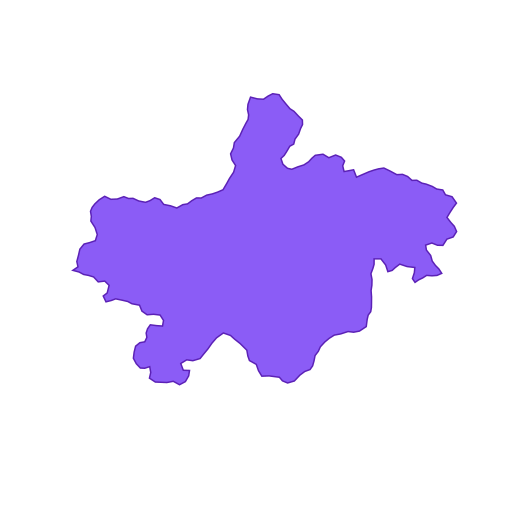 outline of Porto Firme, Minas Gerais, Brazil, rotated 125°
{"feature_id": "56859067B44651829175554", "entity_name": "Porto Firme", "entity_type": "district", "adm_level": 2, "iso_a3": "BRA", "parent_name": "Brazil", "parent_adm1": "Minas Gerais", "projection": "orthographic", "projection_center": [-43.082, -20.666], "detail": "fine", "context": "isolated", "style": "filled", "palette": "violet", "viewbox_px": 512, "rotation_deg": 125, "n_neighbors": 0, "source": "geoboundaries", "source_scale": "gbopen_adm2", "svg_char_len": 3124}
<svg xmlns="http://www.w3.org/2000/svg" viewBox="0 0 512 512"><g transform="rotate(125 256 256)"><path d="M163.7,93.9L161.7,98.8L160.8,103.7L159.1,108.7L155.4,113.2L153.4,119.8L149.8,123.3L144.5,119.4L143.1,113.5L140.1,109.0L132.7,109.3L127.3,105.4L120.9,105.7L117.9,110.6L116.8,115.5L114.9,121.7L108.9,122.1L103.0,122.3L97.7,122.1L95.0,129.4L97.2,135.9L94.8,140.9L97.5,146.4L97.9,151.5L99.5,157.8L101.2,162.0L101.7,167.7L104.6,171.6L103.9,177.4L105.1,182.8L108.6,187.3L109.5,195.0L110.6,201.7L114.3,205.6L117.9,208.6L122.1,211.7L128.1,215.4L133.8,218.9L129.4,225.5L132.8,228.8L136.3,232.3L132.4,236.7L127.4,237.9L126.2,242.7L127.6,248.7L133.7,252.7L134.2,259.5L139.5,265.2L143.9,266.3L148.6,266.9L153.9,269.0L159.0,272.9L164.4,276.4L166.1,280.5L165.4,286.6L161.8,291.5L157.4,290.6L152.8,290.8L146.7,291.3L142.7,289.3L137.9,291.1L131.7,291.0L126.0,292.6L121.6,293.3L118.0,296.0L117.0,301.8L115.7,307.9L115.9,312.7L114.3,318.7L112.7,324.4L110.6,329.6L113.5,335.4L118.0,337.8L123.3,339.8L126.5,345.0L129.0,351.6L136.3,349.6L140.9,347.0L144.6,343.0L148.7,340.8L153.0,340.4L159.7,339.5L167.2,338.1L175.5,338.8L180.5,336.4L186.9,335.4L191.1,330.7L193.6,324.6L200.2,322.4L207.7,322.2L213.1,321.6L220.6,321.0L225.7,324.1L230.2,327.4L234.4,331.3L239.9,334.1L242.6,338.1L247.5,340.3L252.6,342.0L255.9,345.4L262.1,348.4L263.9,354.8L266.7,361.2L264.8,367.0L266.4,372.4L271.5,374.6L275.4,377.3L278.2,383.7L279.3,389.8L282.0,393.4L283.2,398.3L288.9,402.3L292.8,407.4L293.9,414.2L299.9,416.7L305.8,417.9L310.2,418.1L314.3,417.2L318.0,413.6L322.1,411.3L325.0,404.2L329.5,398.3L335.6,396.4L340.5,400.0L344.8,403.7L351.4,404.2L357.3,401.8L363.3,399.6L367.0,395.6L372.8,397.8L370.6,391.7L370.0,386.6L368.0,382.2L366.3,377.0L367.7,370.4L363.3,365.5L364.3,359.5L371.6,356.7L376.4,358.2L379.6,352.6L375.3,348.9L371.6,346.4L369.1,340.6L366.8,334.9L366.3,330.3L363.1,323.2L366.6,317.8L366.6,311.5L362.5,306.5L359.4,300.7L361.8,294.8L367.0,292.4L370.0,297.4L373.0,303.1L377.8,303.1L382.1,301.8L385.3,298.7L390.1,297.9L393.6,301.4L398.9,302.9L404.6,300.7L410.1,297.8L412.9,292.3L414.1,286.5L411.8,282.8L407.6,279.6L411.8,275.4L417.2,273.2L417.0,266.2L414.3,262.0L410.8,256.5L406.1,251.9L405.3,244.8L399.4,241.8L392.8,242.4L387.9,244.8L391.3,250.0L387.2,256.0L380.8,253.2L378.0,247.7L372.1,243.0L366.0,242.6L360.0,242.1L352.8,242.1L345.7,241.4L337.8,238.6L335.7,231.3L336.4,225.7L336.8,218.8L338.4,209.5L342.6,205.3L345.4,201.4L344.6,193.6L348.5,188.2L351.1,182.3L346.7,176.5L344.1,171.5L341.9,167.3L343.1,162.7L341.9,157.3L336.4,152.9L328.3,151.7L322.6,149.8L318.0,146.6L313.5,146.6L308.7,148.3L303.7,150.5L298.3,150.3L293.5,151.2L286.9,150.3L281.4,148.8L275.9,146.5L271.2,141.9L265.1,137.3L262.4,132.3L258.2,128.2L250.6,125.2L244.3,128.5L240.1,130.2L235.8,130.1L232.0,131.9L227.7,134.8L223.2,137.9L218.3,141.9L213.5,144.3L208.7,147.5L204.6,151.7L199.2,153.1L195.1,154.5L190.6,157.6L186.7,152.0L189.0,144.6L193.2,139.0L189.7,136.2L185.6,135.3L180.2,133.6L178.0,126.2L174.3,119.3L178.9,116.7L184.8,114.9L186.4,110.6L182.3,109.1L178.4,106.9L174.0,105.1L171.3,100.5L168.1,96.6L163.7,93.9Z" fill="#8b5cf6" stroke="#5b21b6" stroke-width="1.5"/></g></svg>